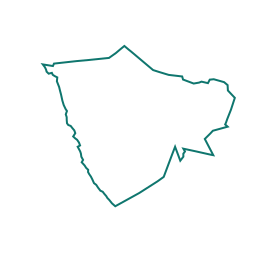 outline of Panelas, Pernambuco, Brazil, rotated 283°
{"feature_id": "56859067B81090165312153", "entity_name": "Panelas", "entity_type": "district", "adm_level": 2, "iso_a3": "BRA", "parent_name": "Brazil", "parent_adm1": "Pernambuco", "projection": "natural_earth1", "projection_center": [-36.058, -8.657], "detail": "fine", "context": "isolated", "style": "outline", "palette": "teal", "viewbox_px": 256, "rotation_deg": 283, "n_neighbors": 0, "source": "geoboundaries", "source_scale": "gbopen_adm2", "svg_char_len": 1339}
<svg xmlns="http://www.w3.org/2000/svg" viewBox="0 0 256 256"><g transform="rotate(283 128 128)"><path d="M107.4,76.5L106.0,78.9L105.1,81.0L102.8,83.5L100.2,85.2L98.4,83.2L94.4,86.7L92.4,87.9L89.5,89.0L86.8,91.4L84.2,90.6L81.7,94.2L79.8,96.1L78.3,98.6L76.1,99.0L74.3,100.6L72.3,102.8L69.9,104.8L66.6,107.3L65.5,109.8L63.1,112.3L60.7,115.2L60.2,117.7L58.6,119.6L56.7,122.2L55.2,123.6L53.7,125.9L51.0,129.3L48.9,133.2L67.2,153.6L82.7,168.8L88.4,173.8L112.5,177.0L120.3,178.1L107.9,186.3L112.5,188.4L115.4,187.7L117.9,188.8L120.3,186.6L120.5,199.2L120.6,214.8L120.7,217.2L134.6,205.3L141.1,209.4L144.4,211.3L151.7,224.8L153.3,221.9L155.5,222.3L159.1,222.7L169.0,224.2L181.4,225.3L183.6,222.0L187.0,216.9L192.2,215.4L194.3,211.3L194.8,200.6L193.5,196.8L189.7,195.8L189.7,192.5L189.7,189.2L188.2,187.0L186.1,182.0L187.6,170.7L190.4,169.2L188.9,155.7L189.6,145.4L190.1,139.4L203.2,113.8L204.5,111.1L207.1,106.0L202.7,102.6L198.4,99.4L192.0,93.7L184.9,72.9L181.5,62.5L174.1,41.4L171.5,40.9L170.8,30.7L168.5,33.4L166.5,35.0L164.6,36.0L163.1,38.5L164.6,41.4L162.9,42.7L162.1,44.9L161.4,47.7L157.5,48.2L152.4,51.7L149.6,53.1L145.6,55.2L139.9,57.9L135.9,60.2L132.5,62.9L130.8,64.7L127.3,64.3L124.8,65.8L122.0,66.5L118.9,67.5L117.5,69.1L117.1,71.7L115.4,73.8L113.6,76.2L111.1,77.8L107.4,76.5Z" fill="none" stroke="#0f766e" stroke-width="2"/></g></svg>